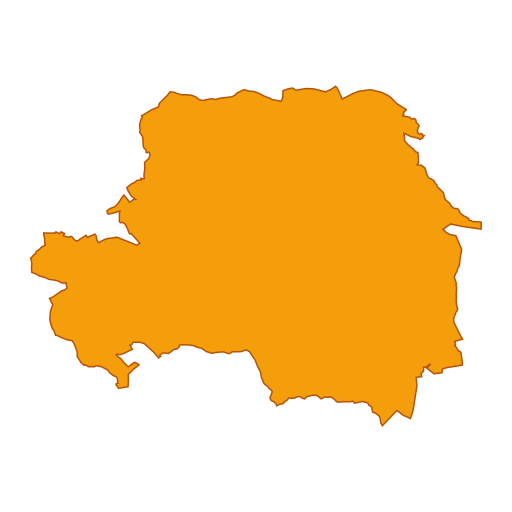 outline of Hoparta, Alba, Romania
{"feature_id": "2599482B78204466133133", "entity_name": "Hoparta", "entity_type": "district", "adm_level": 2, "iso_a3": "ROU", "parent_name": "Romania", "parent_adm1": "Alba", "projection": "natural_earth1", "projection_center": [23.904, 46.328], "detail": "fine", "context": "isolated", "style": "filled", "palette": "amber", "viewbox_px": 512, "rotation_deg": 0, "n_neighbors": 0, "source": "geoboundaries", "source_scale": "gbopen_adm2", "svg_char_len": 6000}
<svg xmlns="http://www.w3.org/2000/svg" viewBox="0 0 512 512"><path d="M456.4,296.4L456.2,294.3L456.6,287.3L456.0,285.5L456.3,283.7L455.4,280.4L454.6,278.3L454.6,276.0L455.0,275.4L455.1,274.7L456.9,271.4L458.0,267.9L459.3,265.5L460.1,258.6L461.6,250.0L461.4,248.6L455.8,235.6L450.3,234.7L446.2,232.4L443.0,229.3L450.6,224.0L461.5,226.3L481.1,229.1L481.3,223.6L480.9,222.0L472.4,221.5L471.4,220.7L469.1,220.3L469.0,219.0L466.2,217.0L463.6,215.8L460.3,213.3L458.4,209.4L456.7,208.5L454.0,208.4L450.9,205.8L449.5,203.1L445.2,199.5L443.3,192.6L437.7,187.1L437.0,185.9L436.9,184.9L435.2,183.3L433.9,180.8L432.1,179.5L428.6,177.8L426.9,174.6L424.9,168.0L421.3,165.2L417.4,165.1L417.1,164.8L418.3,163.0L418.6,161.6L417.9,152.6L416.1,152.0L413.7,149.7L413.3,148.7L412.2,148.2L407.9,144.6L405.7,142.1L404.4,140.0L404.6,137.7L403.9,133.1L410.9,136.6L417.2,138.0L418.8,138.5L419.6,139.3L420.5,139.3L421.1,138.5L422.0,138.5L422.8,137.9L423.0,136.8L423.8,136.1L424.2,135.5L422.2,134.8L422.2,134.0L421.6,133.5L420.0,134.0L419.0,134.0L418.5,133.6L417.9,132.4L417.3,131.8L417.9,128.8L417.9,127.7L418.9,126.7L418.9,125.2L416.4,122.5L416.1,121.7L415.9,120.0L415.6,119.4L414.1,118.5L412.5,119.2L411.2,118.7L409.6,117.2L403.4,116.2L402.7,115.8L402.9,115.3L403.9,114.6L403.3,113.4L404.2,111.9L404.2,111.3L404.7,111.3L406.4,109.8L406.2,109.5L397.0,103.8L391.1,97.7L386.9,94.9L381.6,92.4L372.6,90.1L370.1,89.8L359.0,91.2L352.7,93.7L342.2,99.0L337.3,88.2L335.5,86.3L331.1,89.4L325.0,92.1L324.6,91.4L322.9,91.3L313.9,88.9L305.8,88.5L296.6,90.2L295.8,90.1L292.8,88.2L292.1,88.0L287.4,89.1L283.0,90.6L282.8,97.3L281.3,101.0L280.7,101.1L271.4,99.5L270.5,98.5L265.0,96.5L258.5,93.1L253.3,91.4L248.8,91.1L244.5,89.6L242.8,90.1L237.3,92.9L234.4,95.5L231.9,96.8L219.8,98.2L216.0,99.4L211.0,98.8L202.7,100.5L199.0,99.6L196.8,97.6L193.8,96.0L191.2,95.2L185.7,94.7L181.6,94.8L178.0,93.8L174.4,92.4L170.0,91.8L167.2,95.7L166.3,96.3L159.5,103.2L159.2,103.7L158.8,105.8L158.0,107.1L150.7,110.2L146.0,113.3L141.5,115.7L142.4,117.2L141.8,118.4L140.8,119.8L139.9,123.2L139.6,125.9L140.1,129.9L139.7,131.1L139.7,132.5L142.4,136.3L142.8,137.7L143.2,145.4L143.5,146.9L144.0,148.1L145.1,149.0L146.0,150.3L146.0,152.2L146.4,152.6L147.0,152.7L148.3,152.1L148.9,152.2L149.6,153.2L150.1,155.1L148.8,158.4L144.8,162.3L144.6,163.1L144.8,169.3L144.1,173.2L144.0,176.9L144.5,177.9L144.2,178.8L143.1,178.8L140.8,178.3L141.0,180.2L137.8,180.2L136.8,180.5L133.8,183.0L132.3,183.4L130.4,184.7L126.8,187.7L128.4,191.4L130.8,195.3L132.4,197.0L135.3,199.2L134.5,199.2L132.7,200.1L129.8,202.3L123.9,195.1L122.3,196.9L118.5,202.9L115.8,205.9L114.6,206.8L109.9,208.6L107.0,210.8L107.3,212.7L108.3,214.2L115.1,212.6L119.9,211.0L119.4,213.5L119.4,221.6L119.9,222.3L120.8,222.8L122.5,222.3L124.9,223.9L127.2,228.0L129.1,233.0L129.8,234.0L131.2,233.5L139.8,243.2L138.5,243.9L137.7,245.1L136.6,245.1L118.2,237.7L116.1,237.1L114.7,237.6L106.7,238.7L104.3,239.6L98.3,242.8L96.8,239.8L96.1,235.7L94.9,234.1L87.4,237.4L86.0,235.2L81.3,238.4L79.4,239.3L78.4,240.7L76.1,240.7L75.1,240.5L72.0,236.9L71.0,236.4L69.8,236.6L68.9,237.4L63.2,235.7L64.6,233.6L61.0,231.8L59.6,233.7L55.9,231.9L55.3,233.0L48.3,233.1L43.8,232.9L43.7,235.0L44.5,237.7L44.7,242.5L45.2,245.2L41.4,247.1L39.8,249.0L36.3,251.5L35.9,252.1L35.9,253.0L35.7,253.5L33.5,254.9L32.5,256.6L30.7,257.9L31.8,263.0L31.5,268.7L31.8,272.4L36.4,274.2L39.7,276.1L45.0,277.5L49.1,279.4L55.2,280.2L58.1,281.0L61.4,282.8L63.4,283.1L66.2,282.9L66.2,284.7L67.1,287.3L66.9,288.4L64.5,289.8L61.2,291.1L53.5,296.6L50.7,298.1L49.6,298.2L49.5,298.6L50.8,300.6L51.0,301.9L52.6,303.8L52.8,304.4L50.5,311.0L50.2,312.8L49.9,319.6L50.2,321.5L51.2,325.4L52.5,328.9L53.8,330.4L55.6,335.3L57.0,335.4L62.0,337.8L67.5,339.9L71.9,340.6L73.9,343.3L76.9,350.8L77.3,352.7L77.2,356.7L79.8,360.5L80.6,362.1L84.0,365.3L85.2,364.8L88.7,366.7L94.1,366.7L96.2,365.7L101.5,366.8L107.8,370.1L109.6,372.6L111.4,374.1L113.9,376.0L115.0,376.1L116.5,376.9L117.1,377.8L118.0,383.2L116.3,383.6L115.9,384.1L116.3,385.0L118.6,388.4L128.1,386.7L128.4,378.5L128.2,375.8L128.4,374.4L133.3,369.3L139.0,365.0L137.8,363.9L134.7,362.3L131.8,364.1L128.6,366.6L128.0,366.7L124.1,362.7L120.8,358.7L116.2,355.2L116.4,354.6L117.0,354.3L119.6,354.7L122.0,354.2L132.4,349.3L129.9,345.2L131.7,344.8L132.9,342.3L139.9,342.2L144.4,343.7L154.2,352.7L158.7,357.9L160.6,356.4L159.8,355.3L162.7,353.0L165.5,353.1L168.3,353.6L174.2,349.3L176.5,349.1L178.2,348.0L179.3,346.6L179.6,345.2L181.4,344.8L188.7,344.9L194.2,345.8L194.6,346.3L202.5,348.7L206.0,351.4L211.6,353.3L213.5,353.1L216.1,352.4L222.2,351.9L224.2,352.1L227.6,353.4L229.2,353.6L230.4,353.2L232.4,351.8L240.4,351.7L242.8,351.1L244.9,350.0L246.5,350.1L247.8,350.6L249.7,351.9L255.2,360.3L257.8,366.9L260.4,371.6L261.5,377.6L263.7,383.0L264.5,384.0L267.7,386.5L269.0,388.5L269.9,389.3L271.1,389.7L272.2,391.7L270.0,398.0L270.8,400.0L272.1,401.0L273.9,401.7L276.2,404.2L276.7,405.8L279.8,404.3L283.4,403.5L284.0,402.3L287.5,399.8L288.7,397.9L291.1,398.3L294.5,398.1L297.2,396.8L299.1,396.6L300.9,396.9L302.4,398.3L304.7,398.9L306.5,396.9L307.3,396.5L313.7,395.1L316.0,395.2L316.9,395.5L319.6,397.5L321.2,398.9L324.8,397.0L329.2,397.4L330.4,396.7L334.1,399.0L336.3,401.4L337.5,402.1L345.6,401.7L349.5,401.8L353.0,401.2L354.4,403.1L354.9,403.1L362.8,401.4L364.5,402.2L366.1,402.2L368.2,403.3L368.4,404.8L370.7,406.3L371.7,407.3L372.6,412.1L376.0,413.5L379.2,416.2L380.2,418.4L380.7,422.6L381.2,423.8L382.4,425.7L396.9,410.4L402.7,415.0L410.3,418.5L412.5,412.3L413.2,409.5L416.4,389.3L416.9,385.3L416.2,377.3L421.7,376.7L421.0,373.3L421.8,372.9L423.6,371.1L423.5,367.4L423.8,367.0L425.9,367.5L429.7,364.1L430.2,364.5L426.8,368.1L434.0,373.8L442.1,372.7L442.4,369.5L443.2,368.6L447.7,367.5L462.3,365.1L462.4,362.7L460.9,352.5L459.9,351.3L459.0,351.5L456.1,347.1L454.7,345.7L454.9,345.0L455.5,344.7L455.3,343.3L454.5,341.5L462.5,339.2L459.1,333.0L454.0,322.3L453.5,319.1L455.4,313.6L456.2,311.8L457.1,310.9L457.8,308.6L457.2,307.4L456.2,302.9L456.2,298.6L456.4,296.4Z" fill="#f59e0b" stroke="#b45309" stroke-width="1.5"/></svg>